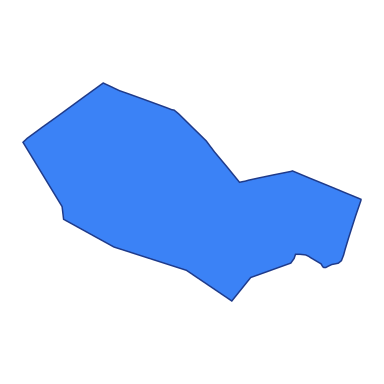 O'lgii, Bayan-Ölgiy, Mongolia
{"feature_id": "93677404B46106272349801", "entity_name": "O'lgii", "entity_type": "district", "adm_level": 2, "iso_a3": "MNG", "parent_name": "Mongolia", "parent_adm1": "Bayan-Ölgiy", "projection": "equal_earth", "projection_center": [89.995, 48.98], "detail": "fine", "context": "isolated", "style": "filled", "palette": "blue", "viewbox_px": 384, "rotation_deg": 0, "n_neighbors": 0, "source": "geoboundaries", "source_scale": "gbopen_adm2", "svg_char_len": 840}
<svg xmlns="http://www.w3.org/2000/svg" viewBox="0 0 384 384"><path d="M103.2,83.0L85.0,96.2L58.2,115.8L42.0,127.4L27.2,138.3L23.0,142.3L62.1,206.6L63.6,219.3L113.9,247.0L186.4,270.3L231.8,301.0L250.7,277.5L290.8,263.1L294.1,258.5L295.5,254.3L299.9,254.3L305.6,254.9L308.8,256.4L310.8,257.8L321.0,263.8L322.8,266.8L323.8,267.5L325.8,267.5L328.2,266.2L331.8,264.5L335.4,263.8L338.3,263.2L341.4,260.7L343.6,255.0L345.2,249.1L348.9,236.9L350.3,232.5L355.5,216.2L360.9,200.5L361.0,199.3L344.3,192.4L326.5,185.0L308.6,177.7L292.4,170.9L291.1,171.4L274.4,174.7L259.5,177.8L248.5,180.2L245.1,181.2L242.7,181.6L239.5,182.3L227.0,166.9L214.2,151.6L211.2,147.5L210.8,147.1L206.3,141.0L200.0,134.8L192.3,127.3L178.7,113.9L174.1,110.1L171.7,109.7L167.1,107.9L134.8,96.1L119.3,90.6L103.2,83.0Z" fill="#3b82f6" stroke="#1e3a8a" stroke-width="1.5"/></svg>